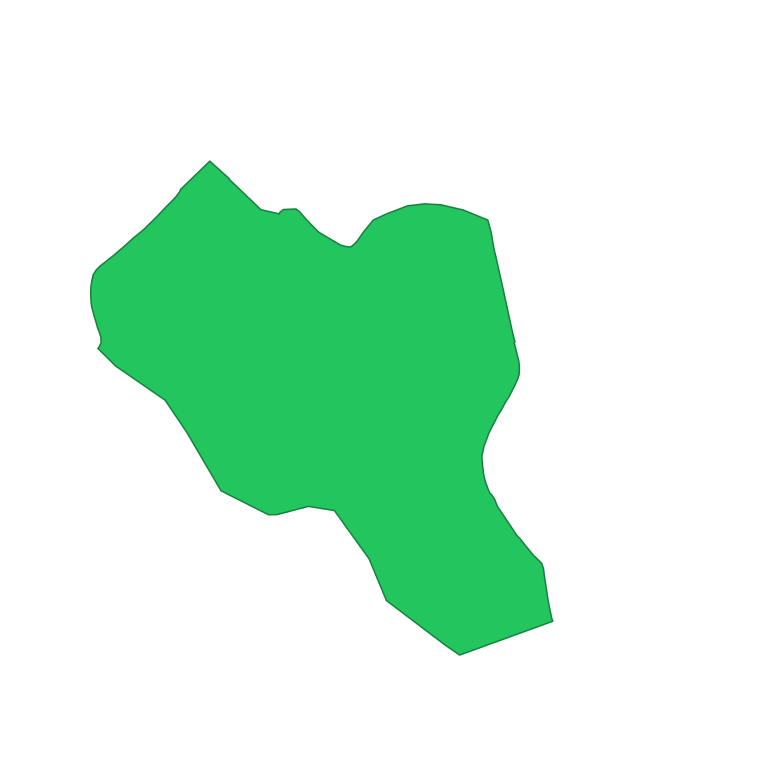 Al Humaydat, Al Jawf, Yemen (Natural Earth projection), rotated 44°
{"feature_id": "15242507B46663253000628", "entity_name": "Al Humaydat", "entity_type": "district", "adm_level": 2, "iso_a3": "YEM", "parent_name": "Yemen", "parent_adm1": "Al Jawf", "projection": "natural_earth1", "projection_center": [44.413, 16.467], "detail": "fine", "context": "isolated", "style": "filled", "palette": "green", "viewbox_px": 768, "rotation_deg": 44, "n_neighbors": 0, "source": "geoboundaries", "source_scale": "gbopen_adm2", "svg_char_len": 2264}
<svg xmlns="http://www.w3.org/2000/svg" viewBox="0 0 768 768"><g transform="rotate(44 384 384)"><path d="M670.2,437.4L669.9,437.2L669.6,437.1L667.4,436.0L660.2,431.1L652.8,426.0L644.5,419.6L637.6,414.4L631.5,409.7L627.6,406.5L624.7,404.8L622.3,403.6L619.5,403.4L610.2,403.4L600.0,402.2L588.7,400.7L585.0,400.7L569.9,397.4L551.0,393.3L547.0,391.6L543.7,390.1L538.6,388.9L535.7,388.9L531.5,387.1L525.6,384.2L521.6,381.9L517.6,379.1L514.8,376.7L512.0,374.6L509.2,372.0L506.3,369.7L503.8,366.9L502.1,363.8L499.3,359.6L496.7,353.5L494.0,347.6L493.2,345.1L491.9,341.3L490.2,335.4L487.7,327.3L486.2,320.1L484.1,313.0L482.8,306.5L482.7,305.9L481.4,301.7L480.2,298.0L479.3,294.5L477.8,290.9L476.7,287.4L474.8,283.6L472.2,280.5L469.6,277.7L465.2,274.0L449.0,263.8L448.9,263.8L448.9,262.7L448.0,262.2L443.2,259.2L437.9,255.8L405.6,234.2L375.1,214.1L369.4,210.5L354.9,199.9L344.8,194.0L320.3,203.7L300.2,215.7L288.0,226.3L277.3,239.3L268.1,258.8L262.4,273.4L263.5,287.5L263.9,290.1L264.1,291.7L264.6,294.8L265.3,299.3L265.5,303.2L265.1,307.5L264.0,309.5L260.7,311.8L257.9,313.3L256.2,314.3L231.8,320.1L221.4,319.9L214.2,319.7L210.5,319.3L205.4,318.9L203.0,318.7L199.2,319.2L197.5,320.8L195.8,322.7L190.5,328.3L189.8,332.2L190.3,334.6L189.3,335.1L174.7,343.9L174.3,344.1L146.6,344.2L146.1,344.2L145.6,344.2L130.2,344.3L130.1,343.8L103.9,344.7L102.5,385.1L103.5,387.8L104.2,393.2L104.4,398.7L104.2,404.3L104.2,408.3L104.2,410.7L104.3,416.8L104.3,422.4L104.2,427.8L104.0,433.1L103.9,438.4L103.5,443.1L103.4,443.9L102.7,449.4L102.1,455.7L101.7,462.7L101.2,468.5L100.6,474.4L100.1,479.8L99.3,485.7L98.6,491.1L97.8,496.3L97.8,501.8L97.8,502.2L99.0,507.6L101.8,512.2L102.0,512.5L102.3,512.9L105.2,517.1L109.0,521.5L112.7,525.2L116.6,528.7L117.0,529.1L120.7,531.9L125.4,534.7L129.7,537.3L134.8,540.1L139.3,542.7L143.6,544.7L148.0,547.2L151.9,550.8L152.2,551.9L153.5,555.9L153.5,557.2L166.4,557.3L178.7,557.5L182.7,556.8L237.8,547.7L275.8,555.8L281.4,557.3L281.5,557.4L309.8,565.3L341.0,574.0L349.6,571.4L391.7,558.3L394.6,555.5L397.7,552.4L414.6,524.6L436.2,509.5L463.1,514.4L494.7,520.1L523.5,532.6L536.2,538.1L547.9,536.7L608.7,529.4L618.0,527.9L623.4,527.0L625.1,526.8L625.9,526.6L626.6,526.5L627.0,525.8L670.2,437.4Z" fill="#22c55e" stroke="#15803d" stroke-width="1.5"/></g></svg>